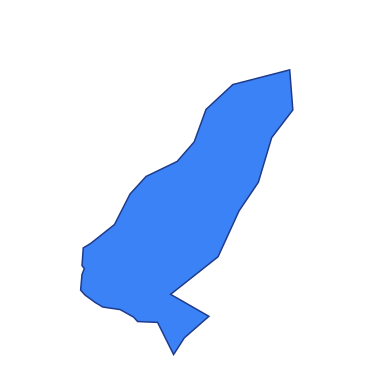 Kampi, Nicosia, Cyprus, rotated 27°
{"feature_id": "46923920B85775694000331", "entity_name": "Kampi", "entity_type": "district", "adm_level": 2, "iso_a3": "CYP", "parent_name": "Cyprus", "parent_adm1": "Nicosia", "projection": "equal_earth", "projection_center": [33.124, 34.908], "detail": "fine", "context": "isolated", "style": "filled", "palette": "blue", "viewbox_px": 384, "rotation_deg": 27, "n_neighbors": 0, "source": "geoboundaries", "source_scale": "gbopen_adm2", "svg_char_len": 598}
<svg xmlns="http://www.w3.org/2000/svg" viewBox="0 0 384 384"><g transform="rotate(27 192 192)"><path d="M223.6,38.8L179.6,77.7L167.0,112.0L171.2,146.3L164.9,171.5L144.0,199.0L137.7,221.9L137.7,256.2L125.1,283.7L120.5,291.2L127.4,307.5L130.9,309.2L131.4,315.4L137.3,330.0L143.5,332.4L155.9,334.4L164.7,335.0L181.4,329.4L196.7,330.0L202.3,332.1L210.1,328.6L212.6,327.4L214.9,326.4L220.5,323.8L249.4,345.2L251.3,326.2L251.3,325.8L251.3,325.6L263.5,295.1L219.4,292.9L244.6,237.9L242.5,187.5L246.7,153.2L238.3,107.4L244.6,73.1L223.6,38.8Z" fill="#3b82f6" stroke="#1e3a8a" stroke-width="1.5"/></g></svg>